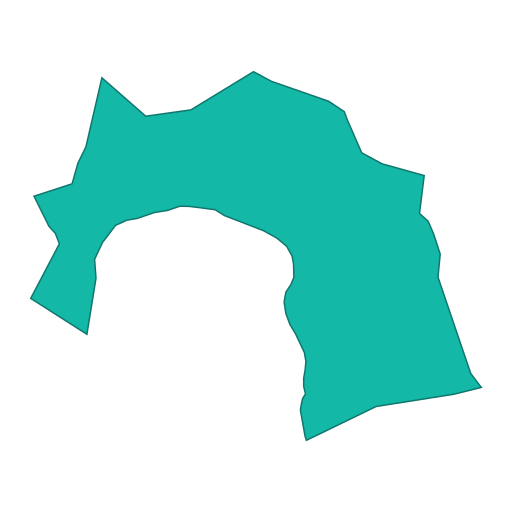 the border of Videm
{"feature_id": "SVN-222", "entity_name": "Videm", "entity_type": "Municipality", "adm_level": 1, "iso_a3": "SVN", "parent_name": "Slovenia", "parent_adm1": "", "projection": "natural_earth1", "projection_center": [15.9, 46.335], "detail": "fine", "context": "isolated", "style": "filled", "palette": "teal", "viewbox_px": 512, "rotation_deg": 0, "n_neighbors": 0, "source": "natural_earth", "source_scale": "10m", "svg_char_len": 922}
<svg xmlns="http://www.w3.org/2000/svg" viewBox="0 0 512 512"><path d="M481.3,387.4L454.0,394.2L376.1,406.5L306.4,440.3L306.0,439.1L305.1,436.4L300.4,410.2L301.2,404.9L302.6,398.6L305.5,393.9L303.7,386.4L303.7,378.1L305.1,370.1L305.9,361.5L304.4,352.6L295.7,334.1L289.9,324.4L285.9,313.6L284.1,302.0L285.9,292.1L291.0,284.4L293.9,277.3L293.5,263.8L292.1,256.1L286.6,246.2L276.7,238.0L263.3,230.6L224.5,215.6L215.1,209.7L189.3,206.4L179.9,206.2L167.6,210.4L154.5,212.5L137.0,218.5L126.8,220.2L115.6,225.3L102.5,242.5L94.6,259.3L96.0,278.2L86.9,334.3L30.7,298.4L59.4,243.8L55.4,233.5L48.9,226.2L34.0,196.2L72.1,183.8L77.9,163.2L85.9,146.9L101.9,77.8L145.7,116.2L190.8,109.9L253.5,71.7L271.6,81.4L328.7,101.3L344.3,111.7L347.2,119.6L361.7,152.8L382.0,163.8L424.2,175.6L419.5,213.4L428.2,221.3L433.6,233.9L440.2,254.1L438.0,277.2L470.7,373.4L480.7,386.7L481.3,387.4Z" fill="#14b8a6" stroke="#0f766e" stroke-width="1.5"/></svg>